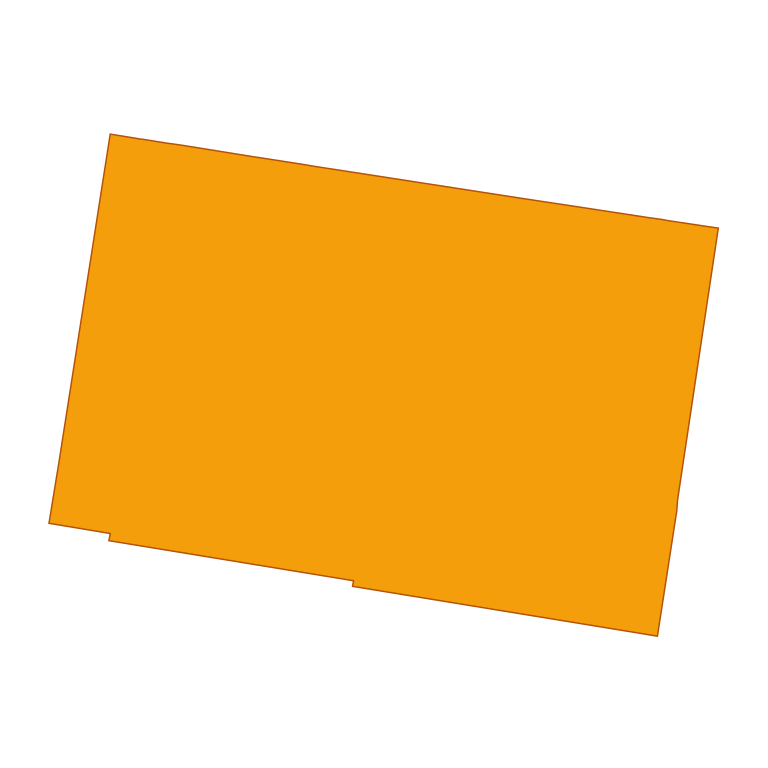 outline of Yuma, Colorado, United States of America, rotated 279°
{"feature_id": "52423323B35350044655158", "entity_name": "Yuma", "entity_type": "district", "adm_level": 2, "iso_a3": "USA", "parent_name": "United States of America", "parent_adm1": "Colorado", "projection": "orthographic", "projection_center": [-102.254, 40.004], "detail": "fine", "context": "isolated", "style": "filled", "palette": "amber", "viewbox_px": 768, "rotation_deg": 279, "n_neighbors": 0, "source": "geoboundaries", "source_scale": "gbopen_adm2", "svg_char_len": 527}
<svg xmlns="http://www.w3.org/2000/svg" viewBox="0 0 768 768"><g transform="rotate(279 384 384)"><path d="M588.0,74.5L256.3,75.2L194.0,74.9L193.5,137.0L186.2,136.8L184.9,384.7L179.2,384.6L177.7,693.5L304.9,693.0L315.2,692.1L590.3,689.8L590.1,676.9L589.8,638.7L590.0,633.2L589.7,617.7L589.1,515.8L589.0,505.6L589.0,498.4L588.9,493.9L588.5,385.0L588.1,281.8L588.2,271.6L588.1,224.3L588.0,220.0L588.2,146.7L588.1,139.0L587.9,131.3L588.0,107.9L587.8,105.5L588.0,74.5Z" fill="#f59e0b" stroke="#b45309" stroke-width="1.5"/></g></svg>